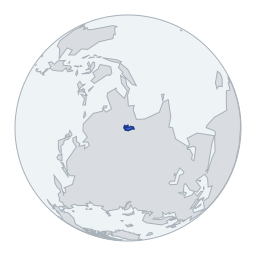 the Earth from above Arunachal Pradesh, rotated 192°
{"feature_id": "IND-3299", "entity_name": "Arunachal Pradesh", "entity_type": "State", "adm_level": 1, "iso_a3": "IND", "parent_name": "India", "parent_adm1": "", "projection": "orthographic", "projection_center": [94.95, 28.008], "detail": "fine", "context": "on_globe", "style": "filled", "palette": "blue", "viewbox_px": 256, "rotation_deg": 192, "n_neighbors": 0, "source": "natural_earth", "source_scale": "10m", "svg_char_len": 12600}
<svg xmlns="http://www.w3.org/2000/svg" viewBox="0 0 256 256"><g transform="rotate(192 128 128)"><circle cx="128" cy="128" r="113" fill="#eef3f6" stroke="#a8b0b8"/><path d="M175.0,25.7L172.9,25.2L176.4,29.1L181.0,31.9L177.3,30.3L188.4,37.1L192.5,41.6L185.7,35.6L183.3,34.4L185.0,36.8L183.0,36.1L182.7,37.0L180.1,36.1L176.3,33.0L174.5,32.5L175.8,34.3L174.1,34.8L172.4,32.1L169.1,32.8L162.2,28.4L159.7,23.4L153.7,21.4L145.5,17.6L144.1,17.7L140.1,16.7L137.0,16.6L136.4,16.2L134.4,16.5L135.6,16.8L135.1,17.1L133.4,17.2L132.3,16.6L133.0,16.5L131.8,16.4L132.0,16.2L130.9,16.3L129.8,15.8L128.3,16.4L125.3,16.2L125.2,15.9L128.6,15.7L135.6,15.6L143.7,16.5L151.8,17.9L159.7,19.9L167.5,22.5L175.0,25.7ZM121.4,15.6L121.7,15.5L117.9,15.8L113.7,16.3L121.4,15.6ZM177.9,27.0L178.1,27.1L177.5,26.9L176.0,26.2L177.5,26.8L177.9,27.0ZM184.8,34.3L183.6,33.0L185.5,34.5L184.8,34.3ZM183.1,37.4L184.1,38.0L183.5,38.2L183.1,37.4ZM123.5,15.5L123.7,15.4L122.7,15.5L122.8,15.5L123.5,15.5ZM125.2,15.4L126.2,15.4L127.0,15.4L126.4,15.4L125.2,15.4ZM178.9,37.1L177.7,37.4L178.3,36.5L178.9,37.1ZM123.7,15.5L128.4,15.4L129.9,15.4L128.7,15.6L123.7,15.5ZM176.5,37.3L173.5,38.4L175.5,39.8L168.3,36.8L173.2,36.7L173.7,35.2L174.8,36.6L176.5,37.3ZM136.7,17.0L135.4,16.5L138.1,16.9L136.7,17.0ZM138.6,17.2L147.5,18.4L148.6,19.3L145.4,18.6L148.1,19.8L144.2,19.6L141.9,18.9L141.9,18.3L140.4,18.7L138.6,17.2ZM164.8,35.1L163.5,35.1L164.1,34.6L164.8,35.1ZM135.2,17.3L136.9,17.4L138.0,18.1L134.7,18.1L135.4,17.8L135.2,17.3ZM150.7,20.4L150.9,21.0L147.9,21.0L147.5,21.3L144.2,19.7L150.7,20.4ZM134.3,17.7L133.1,18.1L131.0,17.8L133.6,17.3L134.3,17.7ZM139.6,18.3L140.0,18.7L138.7,18.5L139.6,18.3ZM122.9,17.6L124.9,17.4L125.7,17.7L122.9,17.6ZM132.7,18.3L133.5,18.3L134.0,18.5L132.8,18.7L132.7,18.3ZM142.3,19.9L141.0,19.8L143.5,20.5L141.3,20.6L139.5,19.6L139.4,20.1L138.7,20.2L138.0,19.3L142.3,19.9ZM133.1,19.5L130.0,18.6L126.1,18.6L125.3,18.3L131.8,18.3L133.1,19.5ZM136.0,19.5L134.0,19.4L134.1,18.9L135.5,18.7L136.0,19.5ZM140.5,21.2L144.3,21.2L144.6,21.4L140.5,21.2ZM131.9,19.6L132.7,19.9L131.6,19.7L131.9,19.6ZM137.8,20.7L139.1,20.7L139.4,20.9L137.8,20.7ZM133.1,20.5L132.1,20.1L133.0,19.9L133.1,20.5ZM135.3,20.7L135.3,21.1L134.0,20.0L135.8,20.6L135.3,20.7ZM137.9,21.0L138.4,21.2L137.3,21.0L137.9,21.0ZM130.2,21.7L128.3,20.5L130.3,19.9L131.9,21.2L130.2,21.7ZM33.5,66.7L38.2,61.8L36.6,65.4L38.7,71.0L38.4,72.8L34.8,76.8L33.7,89.0L37.3,86.8L39.7,95.4L43.4,98.7L50.7,90.6L44.6,85.0L46.9,79.6L54.5,80.2L60.3,85.7L61.4,83.8L60.5,77.0L64.8,75.1L60.6,74.4L60.1,77.0L57.5,76.8L57.8,74.5L59.2,73.8L58.3,71.6L51.5,75.8L50.3,78.8L46.1,76.0L43.7,80.9L41.6,81.8L44.8,73.8L46.6,71.8L50.2,62.0L47.8,63.9L44.3,73.3L44.1,71.8L40.9,74.9L43.2,71.4L47.7,61.1L45.8,58.8L38.3,63.4L38.3,61.9L40.5,58.2L48.2,50.6L47.5,54.7L50.2,52.5L54.7,47.5L54.1,49.4L55.8,48.0L55.9,49.5L60.4,48.3L61.1,49.8L67.0,46.3L68.2,46.7L64.4,48.5L62.2,50.8L64.6,54.9L66.3,54.8L69.9,52.4L70.1,54.0L73.2,51.1L76.7,52.7L75.1,48.6L79.3,46.1L83.6,45.6L84.7,44.1L77.7,45.0L75.2,46.1L73.5,48.1L66.3,51.0L64.6,50.4L71.0,44.9L69.3,43.5L75.1,40.2L90.3,39.1L94.6,40.6L93.1,48.1L89.8,49.0L88.6,46.6L85.9,51.1L87.9,49.6L88.1,51.2L92.2,49.6L92.5,50.6L95.8,47.5L96.6,48.6L94.5,50.5L101.2,49.6L104.1,51.6L105.4,51.0L106.1,49.7L109.3,53.4L110.1,52.8L109.4,51.3L110.7,49.1L114.1,46.9L115.0,48.3L113.9,49.3L113.0,53.7L109.8,56.4L110.6,56.8L113.5,54.8L114.7,49.3L116.5,47.6L116.4,50.1L116.6,49.0L117.8,48.7L119.8,49.7L120.1,47.0L131.9,42.0L137.1,43.8L135.7,46.3L144.9,45.3L150.0,48.1L149.3,46.6L153.3,45.6L151.7,44.7L151.7,43.9L161.2,41.6L164.1,42.4L167.5,40.4L167.1,39.8L165.1,39.0L168.3,36.8L175.5,39.8L175.9,41.1L180.1,42.4L180.5,45.4L182.7,48.7L180.6,51.7L182.6,54.3L184.0,54.5L187.8,58.5L190.5,66.4L182.0,58.9L176.6,48.3L178.3,52.3L176.0,51.2L175.5,52.6L176.8,55.7L178.1,56.2L170.6,61.2L170.0,70.1L174.6,69.3L178.0,71.7L181.3,82.7L174.6,98.7L179.1,103.4L179.7,106.7L176.6,109.0L175.6,104.2L172.0,102.8L171.9,99.9L166.6,102.5L166.2,98.5L162.2,102.8L164.3,105.9L169.2,104.8L165.9,110.7L171.5,115.9L172.6,122.6L165.1,135.0L156.6,139.1L156.2,141.2L152.6,139.0L148.1,143.3L155.2,154.7L155.2,158.1L147.7,164.6L147.5,162.2L137.8,156.2L136.3,164.1L143.6,170.6L146.2,177.9L140.6,175.7L138.0,169.2L134.6,166.8L135.3,160.0L132.2,149.6L126.6,151.4L126.8,147.2L121.6,138.2L113.5,140.3L100.6,150.0L99.2,160.4L94.6,164.2L88.5,147.9L88.2,137.4L84.4,137.5L79.3,127.3L66.2,122.6L65.7,119.5L62.9,119.8L59.5,115.5L59.3,110.5L56.7,109.6L57.6,122.8L60.6,123.8L65.1,120.8L64.6,125.1L68.0,130.3L59.3,137.4L42.0,138.4L42.7,130.3L41.6,104.3L43.0,102.3L43.1,102.0L43.2,101.5L40.7,104.5L41.3,99.7L39.4,116.7L38.0,123.2L41.7,138.7L40.8,139.5L42.7,143.2L51.7,144.6L51.2,147.1L45.6,156.5L35.2,165.8L37.9,176.8L39.5,184.8L36.1,186.4L39.4,193.2L38.1,193.3L40.0,196.7L40.7,198.6L40.7,199.1L35.2,191.9L30.4,184.3L26.2,176.3L22.7,167.9L19.8,159.4L19.1,156.6L17.8,150.3L15.6,133.5L15.9,127.1L16.0,123.0L15.7,121.5L16.0,116.6L16.1,115.1L16.2,114.5L17.5,106.0L19.5,97.7L22.1,89.6L25.3,81.7L29.1,74.0L33.5,66.7ZM32.1,69.1L31.0,70.8L32.1,69.1ZM64.1,96.6L69.1,99.7L71.0,92.6L73.1,93.3L72.9,90.8L71.1,92.1L71.4,85.5L75.0,85.1L76.5,82.4L74.9,81.2L68.2,83.2L67.7,92.5L64.8,94.2L64.1,96.6ZM65.1,39.9L63.8,41.3L61.7,42.4L60.7,41.4L63.8,39.8L65.1,39.9ZM62.4,43.3L69.1,38.6L69.9,39.3L68.3,39.6L68.2,40.6L65.6,41.4L59.9,47.0L57.7,48.4L57.1,45.3L58.5,45.5L59.7,43.9L62.4,43.3ZM84.5,28.0L87.4,26.7L85.6,29.8L83.1,30.7L81.9,29.6L84.2,27.8L84.5,28.0ZM120.6,16.2L121.9,16.0L122.2,16.1L121.4,16.3L120.6,16.2ZM123.8,17.5L115.6,17.2L116.6,16.9L110.6,17.4L110.8,17.0L114.7,16.6L110.4,16.9L114.0,16.3L110.8,16.7L119.5,15.8L122.5,15.6L119.0,16.0L118.7,16.3L119.4,16.4L123.9,16.6L130.4,16.6L131.1,17.2L129.9,17.7L128.4,17.7L128.4,17.3L126.5,17.7L125.4,17.1L123.8,17.5ZM115.2,26.4L115.8,25.2L111.7,27.3L110.6,26.2L110.2,26.5L108.0,26.2L104.7,26.4L104.7,25.8L103.4,26.1L102.0,26.0L100.2,26.4L99.6,25.5L97.4,25.9L98.3,25.3L94.7,26.3L97.1,25.2L95.4,25.1L94.0,26.2L94.8,22.1L93.3,21.7L90.7,22.1L95.2,20.5L100.4,19.3L105.5,18.8L106.3,19.6L108.2,18.9L109.1,19.1L107.2,19.6L110.7,19.1L111.0,19.4L115.4,19.9L120.3,19.3L122.0,19.5L120.3,20.0L123.2,20.0L121.1,21.1L122.3,21.3L121.5,22.9L117.4,23.8L119.0,24.0L118.5,25.4L115.2,26.4ZM129.8,22.1L125.2,23.2L122.3,23.1L125.0,20.6L124.2,20.2L125.9,18.8L130.0,19.0L129.2,19.3L129.3,19.7L128.0,19.5L129.2,19.9L128.0,20.5L128.6,21.0L127.0,21.2L129.8,22.1ZM40.2,72.1L40.3,73.1L41.0,74.1L39.0,76.2L40.2,72.1ZM43.1,65.1L43.5,65.4L41.0,68.6L40.8,67.7L43.1,65.1ZM45.9,63.2L43.7,65.2L44.8,63.6L45.9,63.2ZM65.0,48.9L65.7,49.3L65.0,50.0L63.6,50.5L65.0,48.9ZM102.9,33.7L103.7,32.7L104.4,32.7L107.9,31.1L109.0,32.0L107.3,33.3L102.9,33.7ZM48.5,91.3L46.1,92.0L46.1,90.7L46.9,90.7L48.5,91.3ZM41.4,83.8L42.0,86.6L40.8,84.3L41.4,83.8ZM104.7,34.4L105.9,33.6L105.7,34.5L104.7,34.4ZM110.0,32.5L110.0,33.5L109.5,31.9L110.0,32.5ZM95.3,234.0L97.6,234.9L95.9,234.6L95.3,234.0ZM51.9,190.5L52.3,202.1L48.8,200.2L46.1,195.7L44.5,188.1L48.0,187.8L49.1,184.8L51.9,190.5ZM173.2,192.2L176.3,192.1L176.2,192.6L173.2,192.2ZM170.0,191.1L173.6,190.8L169.3,192.1L170.0,191.1ZM175.0,190.6L178.7,189.2L180.3,188.3L179.9,189.2L175.0,190.6ZM167.5,191.4L153.7,192.4L148.2,191.5L149.6,189.8L158.5,189.8L167.5,191.4ZM149.1,189.8L140.6,185.4L128.7,171.2L133.0,171.5L145.4,180.1L144.6,181.5L149.8,185.1L149.1,189.8ZM169.5,179.7L168.6,184.2L161.1,184.5L157.6,184.1L155.3,178.6L156.6,175.6L159.4,175.6L170.2,164.6L174.0,166.6L170.8,171.2L173.9,174.7L169.5,179.7ZM99.6,161.4L102.2,167.9L99.8,168.6L99.6,161.4ZM174.3,157.0L170.2,162.0L173.9,155.6L174.3,157.0ZM176.4,151.1L176.8,153.3L174.9,151.3L176.4,151.1ZM156.3,144.5L153.3,145.2L153.1,143.5L156.9,141.7L156.3,144.5ZM173.5,128.3L173.9,133.2L173.5,135.0L171.9,132.1L173.5,128.3ZM115.9,42.6L109.9,43.8L106.3,45.6L105.4,48.0L104.1,45.3L109.6,42.4L115.9,42.6ZM129.8,41.8L130.6,40.0L132.0,40.7L132.0,41.2L129.8,41.8ZM129.1,40.8L126.8,38.8L128.3,37.8L129.8,39.5L129.1,40.8ZM115.5,36.1L113.6,36.3L113.9,35.4L115.5,36.1ZM191.5,220.6L193.2,218.7L196.3,217.0L193.5,219.3L191.5,220.6ZM185.0,216.3L164.1,225.0L160.0,225.0L161.9,222.8L159.9,216.8L161.3,216.8L161.5,212.3L174.3,206.3L183.8,196.5L189.9,195.7L195.1,188.4L201.1,187.2L198.7,192.6L204.2,193.7L209.7,181.5L211.3,191.5L214.1,193.4L212.8,199.2L201.3,212.5L196.3,216.3L196.2,215.9L193.9,217.6L191.5,218.4L191.7,216.0L189.4,217.6L192.3,214.6L188.7,217.6L188.1,216.1L185.0,216.3ZM226.8,179.9L227.2,179.7L227.3,180.5L226.7,181.1L226.8,179.9ZM231.2,170.7L231.2,171.1L231.0,171.6L231.2,170.7ZM231.1,170.7L231.6,169.3L231.3,170.4L231.1,170.7ZM229.7,167.2L230.1,166.3L230.2,166.6L229.7,167.2ZM180.9,191.4L185.4,187.4L187.7,186.7L180.9,191.4ZM229.3,166.3L228.4,166.9L228.6,166.2L229.3,166.3ZM229.5,164.8L229.5,164.0L229.9,165.6L229.5,164.8ZM227.9,164.2L228.9,164.9L227.8,164.4L227.9,164.2ZM227.2,164.9L226.3,164.7L226.4,164.4L227.2,164.9ZM216.2,172.0L219.5,175.5L216.5,176.9L213.3,175.0L210.2,179.3L203.5,181.0L205.2,178.6L204.4,175.9L197.2,176.7L195.8,175.1L198.4,173.1L193.5,172.6L198.9,170.4L201.0,174.0L204.1,169.9L209.0,169.2L213.6,168.9L217.1,170.4L216.2,172.0ZM198.7,179.4L199.6,179.2L198.8,180.6L198.7,179.4ZM224.7,163.6L225.9,164.7L225.8,165.3L225.1,165.4L224.7,163.6ZM217.9,169.4L221.8,164.3L222.6,163.9L220.0,168.9L217.9,169.4ZM221.0,162.5L222.6,162.2L223.4,163.6L223.1,164.3L221.0,162.5ZM187.7,178.2L187.4,179.4L186.0,178.8L187.7,178.2ZM189.6,177.1L193.9,177.5L189.2,178.2L189.6,177.1ZM176.0,175.4L177.3,178.0L181.6,175.6L178.3,178.6L181.1,182.6L180.1,184.4L177.4,180.0L176.2,185.1L174.4,185.3L173.4,181.2L175.4,175.7L177.3,173.3L184.8,171.2L176.0,175.4ZM189.6,173.8L188.4,170.9L189.3,168.6L190.5,170.0L189.6,173.8ZM184.8,163.7L181.5,160.4L178.7,162.3L184.3,156.1L186.5,160.3L184.8,163.7ZM181.8,155.8L179.1,157.5L181.8,153.9L181.8,155.8ZM178.4,156.3L177.9,153.7L180.1,153.7L178.4,156.3ZM183.2,155.7L183.4,151.0L184.7,153.5L183.2,155.7ZM176.6,147.7L181.5,151.5L175.4,150.5L174.4,141.6L177.0,141.1L176.6,147.7ZM186.4,109.3L185.4,106.8L187.5,105.9L187.6,107.8L186.4,109.3ZM193.5,101.2L187.8,104.8L183.0,108.1L184.8,109.0L184.4,113.5L181.3,109.9L184.1,104.5L187.8,102.8L187.7,99.1L190.0,96.1L188.4,91.8L189.2,89.6L191.8,93.2L193.5,101.2ZM187.6,90.0L185.7,82.3L190.0,82.6L191.4,84.3L190.4,87.6L188.2,87.3L187.6,90.0ZM186.5,80.6L184.3,80.2L177.0,69.9L176.5,67.9L184.4,75.4L182.8,75.6L183.8,78.2L186.5,80.6ZM164.3,35.8L163.6,35.1L164.8,35.6L164.3,35.8ZM150.8,43.4L150.9,42.5L152.4,42.9L150.8,43.4ZM152.3,40.2L150.5,40.4L152.0,39.6L152.3,40.2ZM146.5,41.0L149.6,40.1L147.2,41.8L146.5,41.0Z" fill="#d9dde1" stroke="#a8b0b8" stroke-width="1"/><path d="M130.3,126.1L130.6,126.0L130.7,126.3L130.8,126.4L130.8,126.5L130.7,126.6L130.5,126.9L130.4,127.1L130.5,127.3L130.6,127.2L130.8,127.1L131.1,127.1L131.4,127.3L131.5,127.3L131.7,127.2L131.7,127.3L131.9,127.4L132.0,127.5L132.1,127.8L132.2,128.0L131.9,128.2L131.9,128.3L131.7,128.4L131.7,128.5L131.4,128.7L131.3,128.8L131.4,129.0L131.7,129.5L131.8,129.6L131.8,129.8L131.7,129.8L131.6,129.7L131.3,129.6L131.3,129.4L131.2,129.4L131.0,129.2L131.0,129.3L130.9,129.3L130.7,129.4L130.1,129.5L129.9,129.6L129.7,129.8L129.5,130.0L129.4,130.1L129.2,130.2L129.1,130.3L128.9,130.4L128.9,130.5L128.6,130.6L128.5,130.4L128.4,130.3L128.4,130.2L128.5,130.2L128.4,130.0L128.4,129.9L128.5,129.9L128.8,129.7L129.0,129.5L129.0,129.4L129.1,129.5L129.5,129.4L129.8,129.4L129.9,129.2L129.7,129.1L129.6,128.9L129.5,128.7L129.4,128.6L129.5,128.5L129.7,128.3L129.7,128.2L129.8,128.0L129.3,128.0L129.1,128.1L128.9,128.2L128.8,128.3L128.7,128.3L128.7,128.2L128.5,128.3L128.0,128.5L127.7,128.6L127.4,128.7L127.3,128.8L127.2,128.8L126.9,128.8L126.8,128.7L126.7,128.7L126.7,128.8L126.8,128.9L126.5,129.2L126.4,129.3L126.1,129.6L126.0,129.8L125.9,129.9L125.8,130.0L125.7,130.0L125.4,130.1L125.2,130.0L124.6,130.0L124.4,129.9L124.1,129.8L123.9,129.9L123.7,130.0L123.4,130.1L123.2,130.1L123.0,129.9L122.9,129.9L122.8,129.7L122.9,129.4L123.0,129.4L122.9,129.0L122.7,129.0L122.4,129.0L122.2,128.9L122.1,128.7L122.2,128.4L122.1,128.2L122.3,128.2L122.4,128.3L122.6,128.3L122.6,128.5L122.8,128.5L122.9,128.4L123.0,128.4L123.3,128.2L123.4,128.3L123.5,128.3L123.8,128.3L123.9,128.2L124.0,128.2L124.1,127.9L124.1,127.7L124.3,127.6L124.5,127.5L124.6,127.4L124.9,127.4L125.0,127.3L125.0,127.2L125.2,126.9L125.4,126.7L125.6,126.7L125.8,126.6L126.0,126.7L126.3,126.6L126.4,126.4L126.5,126.3L126.6,126.2L126.8,126.2L127.0,126.0L126.8,125.9L127.0,125.7L127.3,125.6L127.4,125.4L127.5,125.4L127.6,125.5L127.8,125.7L128.1,125.7L128.2,125.8L128.3,125.8L128.5,125.9L128.7,126.0L128.8,126.0L128.9,125.9L129.0,125.8L129.0,125.7L129.3,125.6L129.4,125.4L129.5,125.4L129.9,125.3L130.0,125.3L130.1,125.5L130.3,125.6L130.2,125.8L130.1,126.0L130.3,126.1Z" fill="#3b82f6" stroke="#1e3a8a" stroke-width="1.5"/></g></svg>